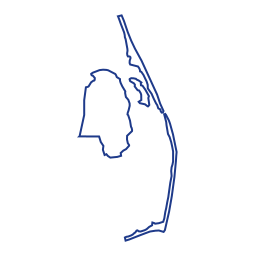 Dare, North Carolina, United States of America
{"feature_id": "52423323B7185899041346", "entity_name": "Dare", "entity_type": "district", "adm_level": 2, "iso_a3": "USA", "parent_name": "United States of America", "parent_adm1": "North Carolina", "projection": "albers", "projection_center": [-75.69, 35.708], "detail": "fine", "context": "isolated", "style": "outline", "palette": "blue", "viewbox_px": 256, "rotation_deg": 0, "n_neighbors": 0, "source": "geoboundaries", "source_scale": "gbopen_adm2", "svg_char_len": 2516}
<svg xmlns="http://www.w3.org/2000/svg" viewBox="0 0 256 256"><path d="M104.6,155.0L106.4,154.2L107.8,155.9L110.3,157.6L117.3,156.9L121.1,155.8L120.7,153.0L123.3,150.6L126.1,149.1L129.1,145.7L129.1,145.1L127.8,143.1L127.0,139.4L127.1,135.8L132.0,131.1L132.1,130.1L131.7,128.1L131.0,126.7L130.0,120.6L128.2,115.2L127.5,114.5L127.7,112.9L128.6,110.3L129.7,105.8L129.6,103.4L128.3,99.8L125.9,97.0L125.1,92.9L125.3,91.4L122.3,86.4L120.6,82.8L120.0,80.7L120.0,79.1L116.8,77.1L116.0,75.1L115.3,74.0L108.2,70.3L106.4,69.9L103.1,69.7L99.6,70.1L92.8,72.7L91.2,73.8L91.3,74.7L91.9,75.4L92.9,75.7L94.8,78.0L94.7,79.8L94.3,80.5L93.5,80.6L91.1,82.3L88.6,86.4L87.9,86.8L85.9,87.3L84.2,100.2L84.2,115.0L79.6,136.2L79.4,136.4L99.1,136.5L100.8,142.0L103.4,145.9L102.9,149.8L104.6,155.0ZM124.9,237.5L125.6,240.6L129.2,239.5L139.1,235.6L145.7,233.1L150.1,231.5L155.4,230.7L158.9,230.5L161.6,231.3L163.6,231.9L164.9,230.1L169.1,211.6L171.8,196.2L174.4,177.2L175.9,161.3L176.3,155.3L176.6,152.0L173.0,134.4L170.0,123.6L168.9,120.5L166.0,114.9L165.2,113.9L164.2,114.4L166.2,122.0L166.5,125.1L168.0,134.0L169.6,137.0L171.2,142.1L172.2,146.7L173.1,151.4L173.1,161.4L172.5,164.5L171.6,167.3L171.2,171.0L171.4,173.3L171.6,176.0L170.3,182.7L169.4,189.1L168.3,197.1L167.2,202.4L166.2,208.1L165.3,212.0L164.3,218.4L163.2,221.8L158.8,223.2L155.1,223.7L154.5,223.2L152.4,222.5L152.3,223.1L152.2,224.3L152.1,225.3L149.2,226.9L146.6,229.2L144.7,230.2L140.6,231.5L138.7,231.3L137.5,230.4L137.1,230.4L136.5,230.7L135.3,232.5L134.5,232.9L132.8,234.5L131.2,235.4L128.3,236.5L126.4,236.8L124.9,237.5ZM118.0,16.3L118.1,16.5L119.4,19.9L121.0,24.4L124.1,32.4L124.7,35.0L124.9,37.3L125.6,39.1L127.4,49.0L127.5,50.8L127.1,53.3L127.3,55.1L127.9,56.4L129.7,56.5L130.4,57.2L130.5,58.2L129.7,60.7L129.6,63.0L130.2,64.5L138.0,66.5L139.3,68.4L139.9,69.9L140.1,71.4L141.3,71.8L143.5,75.0L145.4,79.0L146.6,81.4L147.7,84.8L147.8,88.4L151.6,93.8L153.7,98.6L156.0,103.3L157.2,105.1L158.3,108.4L160.2,109.3L160.8,111.4L161.7,112.6L162.9,112.5L163.5,111.0L162.5,108.8L160.1,103.5L157.1,94.6L141.6,60.8L134.9,48.5L131.2,40.7L127.7,32.0L124.0,21.1L121.8,15.8L121.6,15.4L118.0,16.3ZM129.7,79.0L129.6,79.5L130.2,81.2L134.0,83.4L134.9,84.7L134.7,86.4L137.6,90.2L139.1,90.5L140.7,93.2L141.2,94.8L141.3,100.0L138.7,101.8L139.9,103.2L145.0,104.3L147.6,106.3L148.2,106.3L149.3,104.9L148.3,98.0L148.9,96.1L145.4,89.8L142.5,85.7L141.0,85.3L140.8,83.3L141.4,82.5L138.7,80.5L136.7,79.6L135.9,78.8L133.4,78.3L131.2,78.2L129.7,79.0Z" fill="none" stroke="#1e3a8a" stroke-width="2"/></svg>